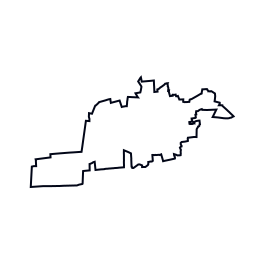 the district of Baca, Yucatán, Mexico, rotated 260°
{"feature_id": "50627088B9866557271216", "entity_name": "Baca", "entity_type": "district", "adm_level": 2, "iso_a3": "MEX", "parent_name": "Mexico", "parent_adm1": "Yucatán", "projection": "robinson", "projection_center": [-89.395, 21.134], "detail": "fine", "context": "isolated", "style": "outline", "palette": "ink", "viewbox_px": 256, "rotation_deg": 260, "n_neighbors": 0, "source": "geoboundaries", "source_scale": "gbopen_adm2", "svg_char_len": 5206}
<svg xmlns="http://www.w3.org/2000/svg" viewBox="0 0 256 256"><g transform="rotate(260 128 128)"><path d="M175.7,149.5L175.4,149.1L172.1,146.1L170.2,146.9L168.6,147.6L166.6,148.4L165.7,148.2L164.9,147.9L162.7,147.1L160.9,146.3L160.9,145.7L160.9,143.9L160.9,141.4L159.9,141.7L159.7,141.8L159.3,142.0L158.8,142.2L158.4,142.3L158.1,142.4L157.6,142.6L157.2,142.7L156.4,143.1L156.5,142.7L156.7,141.7L156.9,140.8L157.3,139.1L157.5,138.2L157.7,137.2L158.2,135.3L158.6,133.3L158.3,133.2L157.9,133.0L157.6,132.9L157.1,132.7L156.0,132.4L155.1,132.1L154.9,132.0L154.0,131.7L153.9,131.7L153.5,131.6L152.2,131.3L151.1,131.0L150.2,130.7L149.7,130.6L149.9,129.6L149.9,127.6L149.9,126.8L149.8,125.5L156.5,124.5L156.0,118.6L155.8,116.2L155.7,115.5L157.8,115.5L159.6,115.6L159.6,114.4L159.6,114.2L159.4,112.3L159.2,111.1L159.0,109.2L158.5,104.2L158.4,104.2L157.8,103.2L157.2,102.4L156.1,100.7L155.8,100.2L155.8,99.8L155.4,99.4L148.3,95.0L149.4,92.2L145.8,91.4L143.7,91.6L141.5,91.2L142.4,87.8L139.0,86.7L131.9,84.4L123.3,81.6L117.4,79.7L112.6,78.1L112.9,75.5L113.5,69.8L113.9,66.4L114.8,57.1L115.3,51.6L115.7,47.0L112.5,46.6L113.2,31.6L112.0,31.7L111.9,31.6L106.4,30.9L106.5,30.3L106.8,28.7L106.7,26.6L98.9,24.8L86.8,22.0L85.5,34.2L84.1,42.3L82.7,51.1L82.3,54.5L80.3,67.8L80.7,69.9L80.8,73.3L80.9,73.5L81.4,73.7L93.4,76.3L93.4,76.8L93.2,79.4L92.9,82.9L99.2,83.9L99.3,84.7L99.4,85.2L99.6,85.9L99.7,86.5L100.3,87.7L100.4,88.0L100.4,88.8L100.5,89.3L92.3,88.7L92.0,93.4L92.0,93.8L91.9,94.6L91.8,95.4L91.6,97.4L91.6,97.9L91.7,98.0L91.7,98.6L91.6,99.7L91.5,100.5L91.4,101.3L91.4,102.0L91.3,102.9L91.2,103.6L91.1,105.1L90.9,106.7L90.9,107.6L90.7,109.3L90.6,110.3L90.5,111.3L90.5,112.4L90.4,113.0L90.1,116.2L90.0,117.2L90.7,117.3L91.4,117.5L92.1,117.6L92.8,117.7L94.3,117.9L95.5,118.1L96.8,118.4L98.8,118.7L101.4,119.2L103.5,119.5L104.2,119.6L106.8,120.1L105.2,122.6L105.0,122.9L103.9,124.6L103.0,125.8L102.5,126.5L96.9,125.9L96.6,125.8L96.2,125.7L95.2,125.6L92.4,125.2L89.4,124.8L89.3,125.1L88.0,125.2L87.7,126.0L87.7,126.5L88.7,128.6L90.3,131.8L90.1,133.2L88.7,135.4L88.3,135.3L87.1,135.1L86.6,138.4L87.2,139.5L88.0,141.1L88.5,141.4L89.0,141.8L89.6,141.8L89.8,141.8L90.1,141.9L90.3,142.0L90.6,142.1L91.0,142.1L91.0,142.9L91.1,144.2L91.0,144.6L90.9,144.9L90.9,145.2L91.0,146.3L91.1,146.5L91.6,146.8L92.0,146.8L92.4,146.8L92.6,146.8L92.9,146.9L97.2,147.3L97.2,147.6L96.8,149.1L96.7,149.4L96.7,149.8L96.8,150.1L96.5,150.8L96.2,154.0L95.9,154.5L96.3,156.1L90.0,156.8L89.2,156.8L89.2,157.0L89.3,158.1L89.4,160.8L89.5,163.8L89.7,167.9L89.7,168.0L89.8,168.9L90.3,169.0L91.1,169.1L91.9,169.0L92.7,168.7L94.0,168.7L94.2,168.8L94.3,168.8L93.2,170.9L93.1,171.0L92.3,172.2L92.3,173.2L92.1,174.2L92.1,174.5L92.1,175.1L92.9,175.3L93.5,175.5L95.5,175.7L97.3,176.3L97.5,176.2L99.6,175.7L100.1,176.3L100.4,176.7L100.5,177.3L100.5,177.5L101.0,177.7L102.4,177.2L103.1,177.1L104.3,177.4L104.6,178.0L104.9,178.5L104.7,181.7L104.8,184.7L105.6,184.9L107.0,184.9L108.0,185.3L107.7,191.4L107.2,193.9L114.8,195.4L115.0,195.5L116.8,197.0L117.3,197.3L117.3,197.5L117.2,197.8L117.7,198.6L118.1,198.7L118.6,198.9L119.3,199.2L119.3,199.5L122.9,199.7L123.0,199.1L123.0,197.2L123.0,196.1L122.6,195.4L122.5,193.8L121.0,194.1L121.1,193.4L121.0,193.1L121.1,192.6L120.8,192.3L120.9,191.5L121.0,190.8L121.0,190.6L121.1,190.0L121.7,190.1L121.7,189.3L123.2,189.4L123.2,190.3L123.3,191.2L123.2,192.2L123.2,192.6L123.7,192.5L124.9,192.4L125.6,192.2L126.2,192.3L126.3,192.3L126.2,195.8L126.4,196.4L126.5,196.6L129.4,196.7L129.5,197.6L129.8,197.6L130.1,197.6L131.3,197.6L132.7,198.1L132.5,199.3L132.5,199.8L133.4,201.6L133.5,202.3L133.6,202.5L133.8,204.0L133.0,204.2L132.0,208.9L130.8,218.2L124.1,213.3L123.9,214.1L122.8,218.3L121.6,222.1L120.9,224.3L120.2,227.7L120.2,228.2L120.1,228.8L120.1,229.2L120.3,230.1L120.3,231.5L120.4,231.8L120.9,233.1L121.1,234.0L121.5,233.8L121.9,233.5L122.1,233.3L122.6,233.0L123.0,232.7L123.4,232.4L124.6,231.5L125.6,230.8L126.7,230.0L127.3,229.5L128.7,228.5L133.7,224.6L134.0,224.7L134.6,221.5L135.8,222.5L137.0,222.7L137.3,222.1L137.5,221.6L139.2,217.9L141.0,218.5L144.2,219.4L146.9,219.6L149.6,216.7L149.8,216.4L149.7,215.8L149.9,215.6L149.9,215.4L149.8,215.0L150.0,214.6L150.0,214.4L150.2,214.1L150.2,213.5L150.6,213.5L151.5,212.9L152.1,212.8L152.2,212.6L152.5,212.6L152.7,212.0L152.8,211.2L153.0,209.0L153.2,207.9L149.4,206.5L149.1,206.5L149.0,206.3L149.1,205.7L147.7,202.0L145.4,195.5L145.4,194.4L145.2,193.7L143.1,192.9L143.2,192.2L143.3,190.7L143.7,188.0L144.2,186.9L146.6,187.4L147.1,183.5L150.9,182.7L150.8,182.1L150.8,181.3L150.9,180.9L152.6,180.7L152.5,180.1L153.0,177.7L152.8,177.5L152.0,177.5L152.1,174.9L156.4,174.5L157.8,174.9L157.7,174.0L158.9,174.3L159.2,174.4L159.4,174.5L159.6,174.5L160.2,174.7L161.3,174.6L161.9,174.4L162.1,174.5L162.3,174.4L162.6,174.5L163.1,174.6L163.6,174.6L164.0,174.5L164.3,174.6L164.9,174.7L165.2,174.9L165.3,174.1L165.3,173.8L165.1,173.3L165.2,172.5L165.2,172.3L164.6,171.6L164.4,171.4L164.2,171.0L162.8,168.2L162.3,166.9L161.6,165.8L161.1,164.9L160.9,163.6L158.7,163.4L158.9,160.2L161.7,160.6L164.7,161.0L165.0,161.0L165.7,161.1L166.6,161.2L167.1,161.3L168.1,161.4L168.5,161.5L170.3,161.7L170.5,158.5L171.3,149.6L175.5,149.5L175.7,149.5Z" fill="none" stroke="#020617" stroke-width="2"/></g></svg>